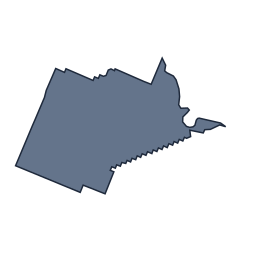 the district of Yell, Arkansas, United States of America, rotated 22°
{"feature_id": "52423323B40495316477899", "entity_name": "Yell", "entity_type": "district", "adm_level": 2, "iso_a3": "USA", "parent_name": "United States of America", "parent_adm1": "Arkansas", "projection": "mercator", "projection_center": [-93.238, 35.03], "detail": "fine", "context": "isolated", "style": "filled", "palette": "slate", "viewbox_px": 256, "rotation_deg": 22, "n_neighbors": 0, "source": "geoboundaries", "source_scale": "gbopen_adm2", "svg_char_len": 1149}
<svg xmlns="http://www.w3.org/2000/svg" viewBox="0 0 256 256"><g transform="rotate(22 128 128)"><path d="M131.4,197.6L131.3,173.9L127.4,173.9L127.5,170.0L131.3,170.0L131.3,166.4L135.2,166.3L135.2,162.3L139.2,161.7L139.3,158.4L143.1,158.5L143.1,154.6L147.0,154.5L147.0,150.4L150.7,150.5L150.8,146.6L154.9,146.6L155.0,142.7L159.7,142.8L159.6,138.9L163.6,139.0L163.7,135.1L167.6,135.2L167.7,131.3L171.7,131.5L171.8,127.2L175.8,127.2L175.8,123.3L179.7,123.4L179.8,119.4L183.7,119.5L183.8,115.5L186.2,115.6L189.3,112.5L186.1,106.9L199.6,104.4L199.8,100.8L204.9,98.4L211.9,90.8L218.1,90.2L212.0,88.7L190.3,92.2L189.0,93.1L188.4,95.1L189.0,100.4L187.9,102.5L185.0,104.3L181.6,104.6L176.4,101.9L174.7,97.2L177.2,91.4L178.1,88.4L175.7,87.2L169.6,89.9L166.3,87.5L164.1,79.6L160.6,72.7L154.5,65.3L150.6,62.8L143.2,62.2L140.6,61.3L139.4,55.7L133.5,50.4L133.1,78.8L125.3,78.9L93.9,78.0L94.0,79.9L90.1,79.6L88.0,81.7L88.0,87.5L85.8,89.3L82.0,89.2L81.9,93.1L77.9,93.1L77.8,97.0L48.3,96.3L48.3,100.2L38.7,99.9L38.1,123.7L39.1,131.0L38.7,154.7L38.5,162.0L37.9,205.1L107.8,205.6L107.8,197.8L131.4,197.6Z" fill="#64748b" stroke="#1e293b" stroke-width="1.5"/></g></svg>